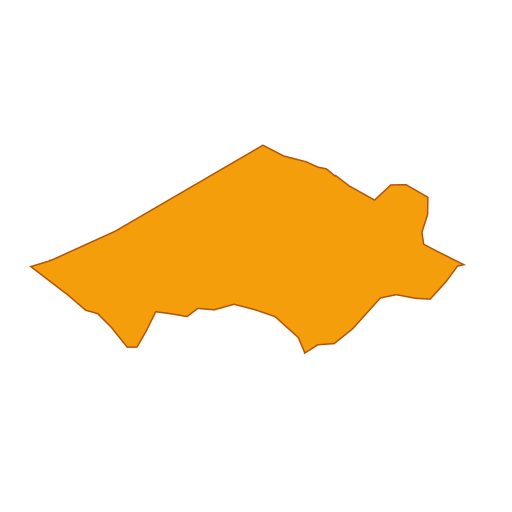 outline of Habo, Västra Götaland, Sweden, rotated 222°
{"feature_id": "70781695B50055255303815", "entity_name": "Habo", "entity_type": "district", "adm_level": 2, "iso_a3": "SWE", "parent_name": "Sweden", "parent_adm1": "Västra Götaland", "projection": "robinson", "projection_center": [14.097, 58.001], "detail": "fine", "context": "isolated", "style": "filled", "palette": "amber", "viewbox_px": 512, "rotation_deg": 222, "n_neighbors": 0, "source": "geoboundaries", "source_scale": "gbopen_adm2", "svg_char_len": 837}
<svg xmlns="http://www.w3.org/2000/svg" viewBox="0 0 512 512"><g transform="rotate(222 256 256)"><path d="M95.7,388.6L124.1,380.8L139.2,376.9L148.6,384.7L156.2,401.6L167.5,414.6L192.1,409.4L203.4,399.0L205.3,376.9L233.7,370.4L250.7,369.1L250.7,368.6L250.7,368.3L262.2,367.8L269.5,363.4L281.6,359.6L302.4,348.8L325.0,342.9L377.2,180.3L405.4,115.6L405.8,115.2L405.6,115.2L416.3,97.4L369.0,101.2L346.3,101.7L337.7,106.0L334.9,107.1L334.9,107.4L334.3,107.3L331.8,107.0L316.1,106.2L290.8,102.1L288.5,104.1L283.5,108.7L287.2,126.0L293.2,147.5L282.3,155.0L266.7,164.9L264.2,178.1L251.0,188.1L240.1,205.4L220.8,215.4L201.5,223.7L170.0,223.7L155.6,217.0L154.9,216.3L150.6,231.5L139.3,243.2L135.5,266.5L135.5,308.0L126.0,321.0L109.0,331.4L97.7,340.5L97.6,363.9L99.5,383.4L95.7,388.6Z" fill="#f59e0b" stroke="#b45309" stroke-width="1.5"/></g></svg>